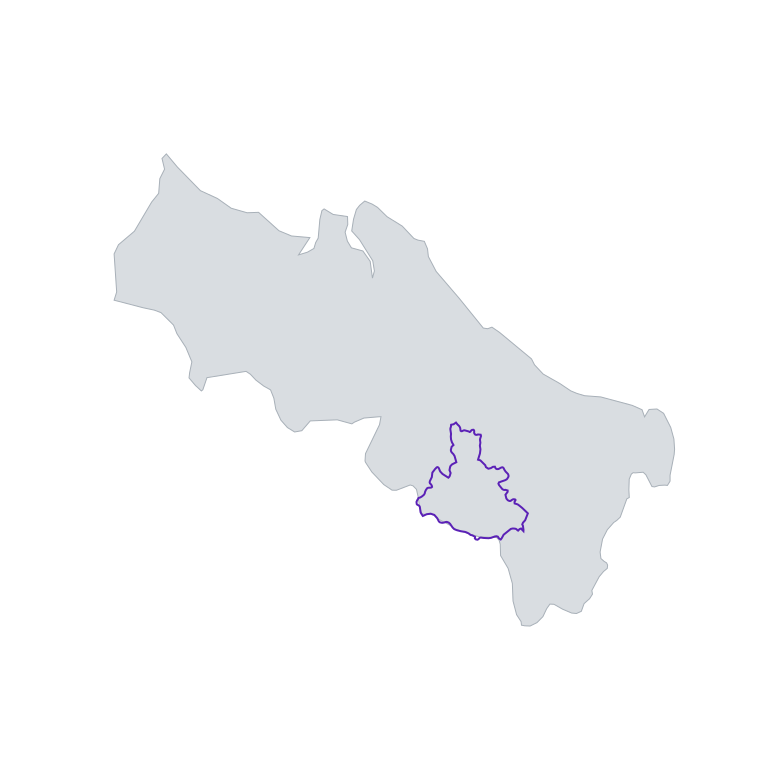 where Guarda sits in Portugal, rotated 116°
{"feature_id": "PRT-753", "entity_name": "Guarda", "entity_type": "District", "adm_level": 1, "iso_a3": "PRT", "parent_name": "Portugal", "parent_adm1": "", "projection": "robinson", "projection_center": [-7.291, 40.712], "detail": "fine", "context": "in_parent", "style": "outline", "palette": "violet", "viewbox_px": 768, "rotation_deg": 116, "n_neighbors": 0, "source": "natural_earth", "source_scale": "10m", "svg_char_len": 5174}
<svg xmlns="http://www.w3.org/2000/svg" viewBox="0 0 768 768"><g transform="rotate(116 384 384)"><path d="M297.4,107.2L306.4,99.3L315.3,94.2L320.2,92.3L340.6,86.9L345.9,84.3L350.9,84.8L351.8,87.3L354.6,92.3L357.9,95.7L358.7,98.2L350.8,108.8L349.7,112.4L353.8,119.3L354.5,121.2L356.5,122.2L362.0,121.9L371.8,117.5L378.5,113.8L380.8,115.4L400.1,113.3L404.6,115.0L407.7,116.8L417.1,119.4L427.5,119.6L440.3,116.1L445.8,112.5L446.9,108.5L447.2,105.5L448.8,103.6L451.8,102.5L456.3,104.5L462.8,106.1L478.4,106.7L481.5,104.5L486.8,105.1L493.7,107.9L501.8,107.0L505.9,110.4L507.6,114.9L508.1,124.8L507.5,134.7L509.1,138.4L514.6,139.3L523.4,139.2L531.4,141.9L537.5,146.6L539.6,151.4L540.5,154.7L537.5,156.6L533.2,163.7L522.5,172.9L507.0,181.2L495.3,191.6L487.1,204.0L477.0,209.3L473.9,212.1L472.6,215.5L479.4,230.7L481.5,242.4L483.2,256.8L482.1,260.8L481.6,276.6L480.0,281.2L480.4,285.0L482.9,289.0L484.1,292.9L479.4,297.8L470.9,303.5L464.5,308.6L462.8,313.3L463.3,316.2L474.0,326.2L475.9,330.2L474.5,340.1L468.4,356.4L462.5,366.3L461.5,367.3L454.7,370.1L422.5,370.2L414.7,372.4L415.8,374.4L423.4,387.1L431.3,393.9L433.9,395.4L436.7,410.3L449.5,434.1L462.0,437.4L466.3,443.3L465.5,451.7L461.7,460.8L454.1,470.2L445.0,476.8L439.0,483.4L438.6,491.0L436.7,500.7L433.8,508.4L433.1,513.5L455.9,545.9L468.6,544.3L470.3,545.1L468.0,552.8L464.0,561.9L459.2,563.6L448.3,566.4L438.0,578.1L429.6,592.1L423.3,599.0L417.6,615.7L418.3,622.9L421.1,634.1L427.0,663.3L418.5,664.6L385.4,683.6L375.2,683.7L356.1,675.3L322.4,672.6L311.4,670.1L297.7,675.5L287.1,675.4L278.6,682.4L272.6,680.5L279.6,664.8L290.7,633.8L290.3,614.9L293.0,598.4L290.1,582.1L284.7,572.0L292.3,545.6L291.5,532.0L284.9,514.8L305.4,517.4L299.1,510.6L292.9,506.4L286.8,507.4L281.7,507.1L264.2,513.8L255.4,515.8L252.9,514.6L253.9,504.0L249.5,490.2L256.5,486.5L264.6,485.5L271.6,479.6L275.9,473.0L273.7,461.3L279.8,450.2L293.9,440.8L286.6,442.2L278.2,448.1L265.0,469.3L260.6,480.1L249.3,483.6L239.3,485.3L234.1,484.2L228.0,481.5L227.5,473.5L228.1,467.2L232.3,454.6L234.1,436.8L240.1,420.9L239.8,416.6L238.1,410.3L243.5,404.1L250.0,400.0L260.0,386.4L274.1,353.8L290.2,319.3L288.9,315.1L285.6,311.9L287.0,302.7L296.8,262.4L300.8,257.1L305.3,245.3L306.5,226.2L308.3,213.1L307.9,206.5L306.6,198.6L300.6,183.5L294.4,151.5L294.0,140.8L299.3,135.4L290.7,134.6L286.8,127.7L287.8,119.8L297.4,107.2Z" fill="#d9dde1" stroke="#a8b0b8" stroke-width="1"/><path d="M477.9,300.3L477.9,301.2L477.6,301.9L475.8,303.1L474.0,303.2L472.1,303.0L471.5,303.1L471.4,303.1L471.0,302.7L470.1,301.7L468.6,300.7L466.2,299.6L465.6,299.5L464.6,299.4L463.1,299.8L460.9,299.9L458.7,299.5L457.9,298.8L457.0,297.2L456.6,296.4L456.0,295.9L455.4,295.7L454.4,296.5L453.8,297.4L453.4,298.3L453.2,299.1L452.5,299.8L451.2,300.2L446.7,300.2L442.4,301.7L440.0,301.2L437.9,300.8L436.9,300.4L436.3,300.3L435.7,300.0L435.3,299.6L435.2,298.9L435.5,298.0L436.5,296.8L437.3,296.0L438.0,295.1L439.2,292.0L440.0,285.1L438.9,284.7L438.2,284.6L436.5,284.8L435.6,285.0L434.8,285.1L432.7,287.4L429.7,288.2L428.6,288.3L426.4,287.6L422.6,284.7L417.8,289.0L416.5,291.1L416.3,291.9L415.6,293.5L415.0,294.3L414.0,295.0L410.8,295.7L408.4,294.8L406.6,297.4L404.5,299.4L402.0,300.9L399.4,301.9L395.8,304.4L394.7,304.9L393.1,305.1L391.2,305.8L389.7,303.8L387.1,302.4L388.2,300.1L388.7,298.3L389.4,297.1L390.2,296.2L392.4,294.7L392.6,293.9L392.3,293.3L390.9,292.2L390.3,291.3L389.5,287.1L389.6,286.0L389.1,285.5L387.4,285.2L386.6,284.7L385.9,283.5L386.2,282.7L386.9,282.2L387.7,281.9L388.5,281.5L389.1,280.7L389.5,279.7L389.3,278.8L388.8,278.0L388.2,277.5L387.2,274.9L388.2,274.0L391.0,273.6L392.0,273.3L394.6,271.6L397.4,270.8L400.4,268.7L404.4,267.3L410.8,266.3L410.4,263.9L412.6,257.4L414.0,256.0L414.4,253.1L412.8,251.1L410.7,249.8L409.7,248.1L410.8,246.8L411.0,246.2L411.0,245.3L410.7,244.6L410.2,243.8L407.8,242.1L407.0,241.2L406.9,240.3L407.2,239.6L408.3,238.2L409.4,236.3L410.5,233.2L410.9,232.7L411.6,232.0L412.7,231.5L415.1,231.7L416.0,232.0L417.4,233.0L420.6,236.2L421.2,236.7L421.9,237.5L423.4,237.5L424.4,236.3L426.6,231.6L426.7,230.3L426.4,229.2L425.9,228.5L425.5,226.2L426.7,225.6L430.3,226.3L433.3,223.8L434.2,221.8L434.2,220.5L434.0,219.6L433.5,218.9L432.7,218.6L431.9,218.1L431.0,217.4L430.4,216.1L430.3,215.4L430.6,214.9L432.9,215.0L434.1,214.2L433.6,211.1L434.0,208.9L434.8,205.5L437.2,198.0L444.6,197.4L447.7,198.3L449.6,198.2L450.5,197.0L454.1,194.6L455.1,194.2L454.2,196.7L453.8,197.4L454.2,197.9L454.8,198.4L455.4,198.7L456.1,198.9L457.0,199.2L456.9,200.0L456.5,201.1L456.4,202.1L456.9,203.7L457.6,205.2L458.7,206.5L467.0,210.4L471.1,210.6L472.6,210.9L472.7,211.0L472.3,213.2L471.3,214.7L471.5,216.1L472.4,217.5L475.4,220.4L476.8,222.5L478.8,227.2L479.6,229.7L480.4,230.6L481.8,231.0L482.9,231.6L483.4,233.2L483.0,234.6L481.4,235.1L481.3,238.1L481.4,238.8L481.7,240.0L481.6,240.7L481.4,241.3L481.2,242.5L481.2,244.7L481.4,246.4L482.6,250.2L483.4,254.1L483.6,256.1L483.6,257.5L482.9,259.5L480.7,263.3L480.2,265.1L480.4,267.1L481.2,268.3L482.3,269.4L483.3,270.9L483.8,273.0L483.5,274.4L481.3,277.3L479.6,281.4L480.1,285.2L482.3,288.5L485.6,291.3L483.9,294.1L483.1,295.0L478.9,297.8L478.3,298.4L478.0,299.3L477.9,300.3Z" fill="none" stroke="#5b21b6" stroke-width="2"/></g></svg>